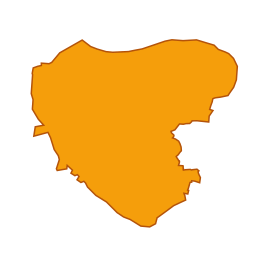 outline of Jos North, Plateau, Nigeria, rotated 277°
{"feature_id": "59680162B88998270560680", "entity_name": "Jos North", "entity_type": "district", "adm_level": 2, "iso_a3": "NGA", "parent_name": "Nigeria", "parent_adm1": "Plateau", "projection": "natural_earth1", "projection_center": [8.888, 9.939], "detail": "fine", "context": "isolated", "style": "filled", "palette": "amber", "viewbox_px": 256, "rotation_deg": 277, "n_neighbors": 0, "source": "geoboundaries", "source_scale": "gbopen_adm2", "svg_char_len": 2171}
<svg xmlns="http://www.w3.org/2000/svg" viewBox="0 0 256 256"><g transform="rotate(277 128 128)"><path d="M171.0,26.3L170.2,26.3L169.4,26.8L165.6,27.0L161.8,27.2L156.0,27.5L150.3,27.8L144.6,30.3L139.5,30.6L138.8,30.6L135.0,30.8L125.7,38.0L120.5,44.0L117.9,35.8L108.4,35.5L113.9,49.1L108.9,52.3L97.6,57.4L92.0,62.2L88.2,63.7L78.8,61.9L77.2,62.9L80.0,72.2L83.5,72.2L79.4,78.0L76.2,76.9L74.2,81.1L75.5,83.4L73.9,85.3L70.4,83.7L68.2,87.9L69.7,90.7L68.3,92.5L64.5,95.0L57.2,104.3L51.9,115.8L51.7,116.0L46.4,122.8L42.7,127.5L39.2,134.4L38.8,135.9L37.5,141.2L32.2,152.7L32.5,161.6L36.3,167.0L42.4,167.8L44.4,170.0L50.4,176.4L56.5,182.8L60.6,189.3L62.7,192.7L63.5,194.0L67.0,192.9L68.0,192.6L69.5,191.7L70.0,191.5L69.9,193.3L69.8,195.4L73.4,195.8L73.6,194.7L75.2,195.2L81.5,196.2L81.7,196.4L82.0,197.8L83.4,197.7L83.4,199.4L83.4,200.7L82.4,205.8L86.9,205.9L87.6,205.9L89.5,204.7L90.4,204.1L92.2,203.2L93.2,202.9L94.1,203.6L95.5,201.5L94.6,197.6L94.1,195.9L94.5,194.9L93.6,190.1L93.0,188.2L93.1,187.9L93.7,187.8L94.3,188.0L95.1,187.5L95.9,187.6L97.2,187.2L97.1,184.5L97.0,182.7L97.9,182.9L98.4,182.8L98.8,183.0L99.3,183.1L99.5,183.1L99.8,183.2L100.4,183.2L100.7,183.2L100.8,183.1L101.4,183.1L101.6,182.9L101.4,182.6L103.1,181.3L104.7,179.9L105.6,179.3L107.6,181.1L109.3,182.0L111.0,183.0L111.3,183.4L112.2,183.7L115.1,183.1L115.6,183.0L118.7,181.5L121.1,179.9L122.8,176.6L123.6,173.4L124.3,173.9L125.0,174.3L125.7,174.5L126.1,174.5L126.5,174.4L126.9,174.0L128.1,172.2L128.9,171.5L129.9,171.1L131.9,174.8L137.8,178.3L138.3,178.7L138.5,182.5L139.4,185.0L140.0,188.7L141.9,190.3L142.9,190.7L143.6,195.6L143.8,207.4L149.7,207.1L155.7,210.2L156.4,206.8L160.0,207.4L164.3,208.4L167.3,208.6L168.1,209.8L168.7,211.3L169.9,216.0L172.4,223.3L174.9,224.5L181.3,227.9L189.0,229.7L196.7,229.3L202.5,229.0L210.0,224.2L214.1,218.9L215.4,214.9L217.0,208.1L220.7,203.4L222.2,194.4L223.8,185.3L221.4,172.0L220.9,160.8L218.7,154.2L214.5,145.5L208.2,132.4L206.5,127.0L206.1,125.7L203.9,119.1L201.3,103.6L201.1,96.9L202.6,87.8L204.3,81.0L209.7,71.8L194.3,51.1L183.8,44.3L182.2,41.8L181.8,34.1L179.5,34.4L178.2,30.8L176.1,26.6L171.0,26.3Z" fill="#f59e0b" stroke="#b45309" stroke-width="1.5"/></g></svg>